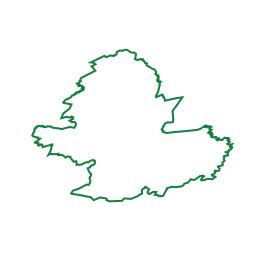 outline of Taurupes pag., Ogre, Latvia, rotated 341°
{"feature_id": "27541924B63996115519048", "entity_name": "Taurupes pag.", "entity_type": "district", "adm_level": 2, "iso_a3": "LVA", "parent_name": "Latvia", "parent_adm1": "Ogre", "projection": "natural_earth1", "projection_center": [25.305, 56.909], "detail": "fine", "context": "isolated", "style": "outline", "palette": "green", "viewbox_px": 256, "rotation_deg": 341, "n_neighbors": 0, "source": "geoboundaries", "source_scale": "gbopen_adm2", "svg_char_len": 5725}
<svg xmlns="http://www.w3.org/2000/svg" viewBox="0 0 256 256"><g transform="rotate(341 128 128)"><path d="M39.5,98.3L39.5,98.9L38.8,99.5L38.2,100.6L38.3,101.0L36.7,101.9L35.0,104.0L35.4,104.8L36.7,105.7L36.9,106.1L39.6,107.6L39.3,108.2L41.4,109.4L38.8,110.5L35.5,111.2L35.3,111.7L38.3,113.1L37.5,113.8L37.4,114.9L37.9,115.0L37.8,115.4L38.6,115.7L39.1,115.1L40.3,115.1L40.3,115.7L41.5,115.9L41.1,118.3L51.1,118.9L50.7,120.0L50.1,119.9L47.7,124.1L44.0,127.6L46.2,127.2L49.8,128.8L53.9,129.7L53.2,130.8L57.0,132.1L58.0,133.3L59.3,135.6L61.2,135.1L63.9,136.4L63.5,136.7L65.9,142.5L68.1,142.4L68.2,143.9L67.5,146.1L72.3,147.5L75.4,146.9L78.0,146.9L79.6,147.7L80.7,147.0L82.6,146.7L84.8,147.1L85.7,147.7L85.9,148.2L85.6,148.6L85.8,149.0L85.2,149.9L85.4,150.3L84.5,151.3L83.6,151.5L81.6,151.4L80.7,151.9L80.0,152.0L79.4,152.8L76.8,152.9L76.9,155.5L77.4,158.6L78.1,159.5L77.3,161.2L76.4,161.7L75.4,162.6L75.2,163.7L75.4,164.6L75.1,166.0L73.5,168.1L72.4,169.0L70.5,168.0L61.5,169.4L55.8,169.3L53.0,171.2L53.1,171.8L62.3,176.6L64.2,177.9L70.3,181.3L72.0,185.0L79.1,184.6L83.7,187.1L84.7,188.1L84.2,189.2L86.8,191.4L98.7,194.9L101.4,193.3L107.7,196.0L114.2,195.7L119.9,194.5L121.0,191.1L123.5,190.1L123.8,190.3L124.8,189.4L125.3,189.3L128.0,192.7L125.4,195.2L126.2,197.2L126.5,197.4L130.9,196.6L133.7,197.7L131.7,200.0L134.2,200.9L134.7,202.4L136.3,202.5L136.8,203.3L139.4,203.5L142.0,200.8L144.9,198.5L144.8,198.2L145.4,197.6L150.1,197.8L154.2,199.6L156.3,200.0L156.7,199.8L158.5,200.6L161.5,200.3L162.9,199.1L163.6,198.9L166.2,199.3L169.1,198.0L170.6,196.8L173.1,198.5L174.2,198.7L180.5,196.9L183.0,197.4L183.7,197.7L184.2,198.4L183.9,198.7L182.5,199.0L180.9,199.9L180.2,200.8L180.2,201.1L180.6,201.5L183.8,202.1L186.7,201.9L191.0,203.9L194.8,202.7L194.5,202.2L192.0,200.4L192.0,199.6L194.9,199.2L195.8,198.8L196.2,198.3L195.8,197.0L196.3,196.6L198.2,197.5L200.0,198.0L200.4,197.8L201.2,196.8L201.3,196.4L200.9,194.5L200.4,193.9L200.5,193.6L202.8,194.0L205.6,193.8L205.9,192.3L205.8,191.6L206.8,190.9L207.9,190.8L208.7,190.3L208.3,188.6L209.5,187.4L209.3,186.0L210.5,185.8L213.4,186.5L213.8,186.3L213.8,184.8L214.9,183.6L213.6,183.4L212.9,182.7L214.5,182.7L215.8,182.3L216.4,181.7L218.0,181.9L219.6,180.9L220.3,180.1L220.2,179.7L219.8,179.6L219.2,180.0L218.7,179.9L218.2,179.4L218.3,179.0L221.0,177.2L219.7,177.1L219.0,177.4L218.4,176.8L217.3,176.3L216.7,175.3L217.3,175.0L218.2,175.2L218.6,175.1L219.0,174.3L219.6,174.1L219.2,173.7L219.2,173.4L218.5,173.0L218.2,171.7L218.7,171.3L219.5,171.7L220.0,171.7L219.8,171.0L219.8,170.2L216.9,169.2L216.2,168.6L213.5,170.0L213.0,169.6L211.7,169.5L211.1,168.6L210.7,168.5L208.6,168.9L208.3,168.3L210.4,167.6L210.5,167.3L207.7,167.4L207.6,167.1L208.5,166.7L208.6,165.5L208.3,165.1L205.2,164.6L203.9,163.4L205.4,162.8L205.8,161.1L205.4,161.0L204.4,161.5L203.7,161.4L203.3,160.2L205.0,160.1L205.5,159.7L203.7,158.6L202.6,158.3L203.0,158.0L203.4,158.3L203.9,157.8L205.4,157.5L206.4,156.9L204.8,155.8L205.9,154.6L207.1,154.0L205.7,152.8L205.1,152.9L204.9,153.8L204.5,153.9L203.8,153.5L203.1,152.4L201.9,152.7L200.9,152.0L201.4,151.8L202.5,151.9L203.1,151.6L202.1,150.8L197.0,152.2L194.5,152.4L192.3,152.2L178.1,148.9L178.0,148.7L175.7,148.3L169.3,146.6L163.5,145.5L161.8,144.5L159.8,143.0L160.5,142.3L159.5,141.2L159.4,140.3L159.9,139.7L160.3,139.8L162.1,138.1L162.1,137.6L163.1,137.3L164.1,135.9L167.2,135.5L170.2,136.8L172.6,136.9L173.7,134.3L174.9,130.1L175.3,127.1L177.6,124.9L180.1,123.5L189.4,116.7L183.4,115.5L171.8,114.2L172.2,111.1L171.7,110.9L171.4,110.1L171.8,110.1L171.5,107.6L164.6,108.0L164.6,107.1L168.3,103.5L171.8,98.1L171.6,97.8L173.1,95.6L172.9,95.2L172.3,95.1L172.9,95.0L171.9,94.6L171.7,94.3L172.2,94.0L171.5,93.9L171.3,93.3L171.6,93.2L171.3,92.7L172.0,92.4L171.4,92.1L172.1,91.4L172.1,90.9L172.7,90.9L173.6,90.1L173.2,89.7L173.4,89.5L173.1,89.0L173.3,88.8L173.1,88.6L173.3,88.4L173.1,88.2L173.4,87.9L172.4,87.6L172.1,86.9L171.7,86.5L172.1,86.1L171.8,85.9L171.8,85.4L172.8,84.6L172.9,84.2L172.2,81.3L170.7,80.3L166.0,74.8L166.0,74.1L166.9,73.0L165.3,72.1L165.2,70.1L164.3,69.5L164.3,68.9L163.7,68.4L164.3,67.8L162.0,66.8L159.9,67.1L157.1,65.4L159.7,60.5L158.4,58.8L156.3,58.0L154.6,56.7L154.5,56.2L152.3,53.7L150.1,53.0L147.6,53.2L145.7,52.1L142.2,52.5L141.4,53.7L141.3,54.5L139.3,55.0L138.6,54.7L138.2,55.3L136.3,54.5L135.4,53.7L130.3,53.9L129.3,52.1L114.2,53.9L116.7,55.1L118.0,57.2L113.6,57.9L114.1,58.7L115.7,63.2L100.5,65.4L99.2,66.0L99.1,66.3L98.6,67.0L98.5,67.6L98.2,67.6L98.4,68.0L98.1,68.0L98.2,68.3L97.3,68.2L97.0,69.0L96.5,69.2L96.3,69.6L95.6,69.5L95.9,69.8L95.4,70.3L94.7,70.2L95.1,70.7L95.0,71.2L95.4,71.3L95.0,71.6L95.4,71.9L95.3,72.1L96.1,72.1L96.0,72.5L97.2,72.5L98.4,73.3L98.6,73.7L98.0,73.7L98.3,74.2L97.6,74.9L98.2,75.1L98.4,75.3L98.3,75.6L99.0,75.5L98.8,76.0L99.2,76.1L98.9,76.6L98.1,76.5L98.6,77.1L98.4,77.5L96.9,77.2L96.5,77.6L95.6,77.8L94.8,77.7L94.8,77.3L94.5,77.4L94.7,77.5L94.6,78.0L93.3,78.5L92.1,77.9L91.8,77.4L91.1,77.6L91.0,77.9L90.0,77.8L90.0,78.1L89.3,78.5L89.5,78.9L89.4,78.9L87.9,78.7L87.4,79.3L86.5,79.3L86.2,79.0L84.5,79.8L84.0,80.3L82.5,80.7L81.3,80.7L80.5,81.1L79.2,80.8L76.9,81.5L75.9,82.5L75.1,82.7L75.4,83.4L82.2,87.3L79.3,90.5L71.5,93.2L68.2,96.9L69.6,96.9L69.7,97.2L72.5,97.3L73.7,97.7L76.1,99.1L78.4,98.8L79.6,99.9L78.5,100.7L78.9,101.5L75.1,102.1L76.6,104.0L79.5,105.0L80.1,105.9L80.1,107.2L78.9,109.1L77.3,110.3L73.3,108.1L66.6,107.5L65.3,107.6L62.2,105.8L56.7,103.1L55.7,101.4L54.4,101.2L52.7,100.2L51.8,100.4L50.1,100.2L50.3,99.9L50.0,99.8L48.9,99.8L48.6,99.6L48.8,99.4L48.7,99.1L48.2,98.9L48.4,98.4L48.0,98.1L46.7,98.1L46.1,97.8L45.7,98.0L45.1,97.2L44.5,97.0L43.9,96.9L43.3,97.2L42.2,96.9L41.9,97.5L41.3,97.3L40.9,97.5L40.6,97.8L40.9,98.0L40.7,98.2L40.2,97.9L39.5,98.3Z" fill="none" stroke="#15803d" stroke-width="2"/></g></svg>